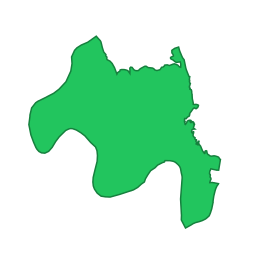 Ceatalchioi, Tulcea, Romania (Mercator projection), rotated 280°
{"feature_id": "2599482B17078963684272", "entity_name": "Ceatalchioi", "entity_type": "district", "adm_level": 2, "iso_a3": "ROU", "parent_name": "Romania", "parent_adm1": "Tulcea", "projection": "mercator", "projection_center": [28.823, 45.276], "detail": "fine", "context": "isolated", "style": "filled", "palette": "green", "viewbox_px": 256, "rotation_deg": 280, "n_neighbors": 0, "source": "geoboundaries", "source_scale": "gbopen_adm2", "svg_char_len": 5855}
<svg xmlns="http://www.w3.org/2000/svg" viewBox="0 0 256 256"><g transform="rotate(280 128 128)"><path d="M212.9,80.8L205.5,73.5L201.6,67.6L198.1,63.8L195.2,61.9L193.6,61.5L188.2,60.1L181.7,61.7L174.1,61.8L162.8,58.9L154.3,53.4L149.3,48.8L142.8,40.3L138.6,34.5L136.8,32.7L131.0,29.6L123.8,29.2L122.5,29.4L114.1,29.8L104.3,33.6L97.6,37.5L92.8,40.7L91.2,42.1L89.4,44.4L88.5,47.1L88.8,50.5L91.2,53.9L95.8,56.7L102.1,59.1L107.4,61.8L114.8,67.1L116.8,69.9L117.5,71.5L117.7,73.6L117.1,77.4L115.2,82.3L112.8,86.9L107.3,93.7L103.7,99.3L100.3,101.4L95.6,102.7L89.8,103.4L81.5,102.8L73.3,102.3L68.7,102.8L64.9,103.9L62.0,105.6L58.5,109.0L56.2,113.3L56.3,117.7L56.9,122.4L61.1,131.2L68.0,144.1L71.2,147.9L75.1,150.9L77.7,153.5L81.0,154.0L85.5,155.7L89.9,157.7L93.5,161.5L96.6,163.6L99.8,167.8L100.9,169.8L102.3,170.1L102.4,170.7L103.1,175.0L103.1,177.7L103.0,178.8L102.6,180.2L102.2,181.1L100.7,183.6L99.9,184.6L99.3,185.3L98.0,186.3L97.1,186.8L93.0,188.3L91.4,189.0L90.2,189.5L89.1,189.8L88.2,190.0L67.2,192.1L53.5,195.3L52.6,195.5L52.3,195.6L51.6,195.8L47.2,196.4L46.7,196.5L39.5,202.0L41.9,205.0L43.6,207.1L45.1,208.7L46.6,211.0L48.1,214.3L49.7,217.2L51.9,220.2L53.4,221.5L55.6,223.2L58.6,223.9L62.9,224.5L66.5,224.6L69.8,224.7L70.3,224.5L72.1,224.4L75.9,224.3L81.8,224.7L84.2,225.1L86.4,225.7L88.4,226.7L88.9,226.8L89.0,222.0L88.9,221.5L89.0,220.5L88.9,220.1L88.4,218.0L88.9,218.0L90.9,218.3L91.9,218.6L92.0,218.6L92.4,218.5L92.8,218.4L93.2,218.2L93.3,218.0L93.7,217.6L93.8,217.5L94.0,217.4L94.5,217.3L94.9,217.3L95.4,217.2L95.9,217.3L96.4,217.1L96.7,216.9L96.7,216.5L96.8,216.4L97.1,216.2L98.4,216.1L99.9,216.0L100.3,216.3L100.7,216.4L102.2,216.7L102.0,219.6L102.0,219.8L102.0,220.1L101.9,223.0L102.1,223.5L102.2,224.6L102.9,224.6L113.1,224.5L113.2,224.1L113.4,223.8L114.9,222.4L115.1,222.0L115.2,221.6L115.4,220.5L115.5,219.6L115.6,218.3L115.5,217.4L115.2,216.4L114.8,215.4L114.7,215.0L114.8,214.6L114.7,214.3L114.8,213.6L115.6,212.1L115.9,211.2L116.4,210.7L117.0,210.3L117.5,210.1L117.9,209.8L118.4,209.7L118.8,209.7L119.0,209.6L119.2,208.8L118.9,208.3L118.5,207.9L117.9,207.9L116.6,208.2L116.4,208.0L116.2,207.7L116.4,207.5L118.4,205.4L122.8,202.6L123.3,201.9L123.7,201.6L123.9,201.2L123.9,200.8L123.6,200.1L123.6,199.3L123.8,198.8L123.9,198.6L124.0,198.3L124.0,198.1L124.0,197.9L124.3,197.8L124.6,197.9L124.8,198.1L124.9,198.9L124.8,199.1L124.6,199.5L124.6,199.8L124.8,200.3L125.0,200.5L125.4,200.4L125.8,200.0L126.1,199.8L126.4,199.9L126.8,200.2L127.0,200.3L127.3,200.2L127.2,199.7L127.0,199.4L126.5,199.4L126.0,199.3L125.6,199.0L125.6,198.7L126.4,197.3L126.8,197.1L127.5,197.3L128.0,197.6L128.3,197.4L128.3,197.2L128.2,196.8L128.6,196.0L128.9,195.7L129.2,195.6L129.8,195.8L130.0,195.8L130.2,195.6L130.4,194.9L130.6,194.5L130.9,194.1L131.8,193.4L132.3,193.3L133.6,193.3L134.6,193.5L135.7,193.3L135.8,193.1L135.7,192.9L134.7,192.8L134.6,192.7L134.3,192.4L134.2,192.3L134.4,191.8L135.2,191.2L135.6,191.3L136.6,191.3L137.1,191.3L137.5,191.4L137.9,191.7L138.2,192.3L138.3,192.9L138.6,194.0L138.7,193.8L138.8,193.6L138.8,193.4L139.1,192.9L139.4,192.6L139.6,192.5L140.5,192.4L141.0,192.5L141.4,192.7L141.6,192.7L141.8,192.7L142.2,192.5L143.0,192.9L143.5,192.7L143.5,192.0L143.6,191.9L143.8,191.8L144.1,191.8L144.5,192.0L144.6,191.9L145.1,191.5L145.4,191.0L145.5,190.6L145.4,190.4L144.9,190.3L144.6,190.0L144.5,189.6L144.4,189.2L144.2,188.9L144.3,188.7L144.6,188.4L144.8,188.5L145.4,189.2L145.7,189.2L145.9,189.1L146.2,188.8L146.5,188.4L146.4,188.1L145.5,187.8L145.5,187.7L145.8,187.2L146.0,187.1L146.3,187.0L146.3,186.9L145.6,185.9L145.2,185.4L144.8,185.1L144.6,185.0L144.1,185.1L143.6,184.9L143.2,184.8L142.0,184.2L141.4,183.9L141.5,183.6L141.8,183.6L142.9,183.0L143.6,182.7L143.7,182.8L143.9,183.1L144.1,183.2L144.3,183.0L144.3,182.8L144.5,182.5L144.6,182.3L145.6,182.4L146.1,182.2L146.4,182.1L147.1,182.1L147.3,182.2L147.3,182.7L147.2,183.1L147.2,183.4L147.3,183.7L147.8,184.0L148.3,184.2L149.2,184.7L149.7,185.5L150.0,185.9L150.3,186.2L150.8,186.3L151.3,186.2L151.6,186.5L151.8,186.5L152.1,186.4L152.5,186.2L152.8,186.2L153.4,186.5L153.8,186.6L154.4,186.9L155.3,187.4L156.2,187.8L158.3,188.8L158.8,189.1L159.1,189.5L159.4,189.9L159.4,190.1L159.0,190.5L158.9,190.8L158.9,191.2L158.8,191.7L159.0,191.9L159.7,192.5L159.8,192.7L160.1,193.0L160.4,193.1L161.6,193.4L162.2,193.5L162.7,193.4L162.8,193.2L162.8,192.8L163.0,192.4L163.1,191.2L163.0,190.4L162.7,189.9L162.7,189.0L162.6,188.6L162.6,188.3L162.7,188.1L163.7,188.0L165.0,187.5L167.9,186.3L169.5,185.9L171.1,185.5L171.8,185.4L172.4,185.2L172.8,185.0L173.5,184.7L174.1,184.6L175.4,184.3L176.6,183.7L177.0,182.1L177.5,182.0L178.0,182.3L178.1,182.2L178.2,181.9L178.5,181.5L178.9,181.4L179.6,181.4L179.7,181.2L180.0,181.2L180.4,181.4L180.8,181.5L181.0,181.5L181.4,181.6L181.9,181.4L182.1,181.4L182.2,181.6L182.6,181.7L183.1,181.0L183.4,180.8L183.7,180.9L183.9,180.9L184.7,180.3L185.7,180.5L186.0,180.3L186.2,180.0L189.3,179.9L189.3,179.1L193.7,176.4L195.2,175.5L196.9,174.6L205.0,171.4L206.4,169.8L208.0,168.6L212.9,165.5L216.5,163.8L214.6,160.2L212.1,157.7L209.6,158.2L207.9,159.9L206.8,160.2L204.9,157.7L204.0,157.8L203.4,158.4L202.8,160.5L201.3,163.1L201.0,164.3L202.2,167.9L200.1,168.9L197.0,169.3L197.2,167.9L198.6,166.0L199.3,162.8L198.8,161.4L196.7,157.9L197.0,155.8L196.5,153.8L196.2,153.1L195.1,152.9L194.0,151.8L193.6,150.5L191.8,149.8L190.9,149.3L189.6,146.5L189.8,144.5L190.9,143.0L191.3,141.7L191.0,137.3L192.0,135.1L191.7,133.8L188.7,130.0L187.8,129.2L186.4,128.3L185.9,126.4L185.9,124.9L186.4,123.7L188.4,121.5L188.4,120.1L187.3,119.4L185.1,119.9L182.0,120.4L184.3,118.1L184.7,116.9L184.9,114.3L184.4,111.4L183.8,110.2L182.6,110.1L180.7,108.1L179.2,107.7L185.1,104.2L188.8,101.2L190.7,98.7L191.7,95.5L192.4,95.1L194.2,94.9L195.2,93.5L196.5,93.5L198.5,91.0L201.1,89.6L203.1,88.6L206.8,87.0L208.4,86.2L209.2,85.5L211.1,83.0L212.9,80.8Z" fill="#22c55e" stroke="#15803d" stroke-width="1.5"/></g></svg>